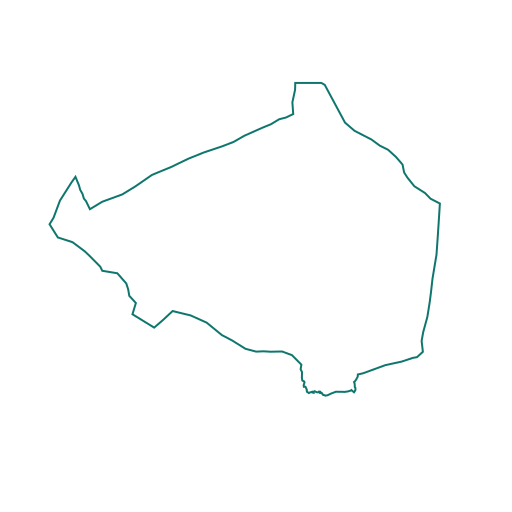 the district of Gwer West, Benue, Nigeria, rotated 75°
{"feature_id": "59680162B25446485561557", "entity_name": "Gwer West", "entity_type": "district", "adm_level": 2, "iso_a3": "NGA", "parent_name": "Nigeria", "parent_adm1": "Benue", "projection": "orthographic", "projection_center": [8.277, 7.602], "detail": "fine", "context": "isolated", "style": "outline", "palette": "teal", "viewbox_px": 512, "rotation_deg": 75, "n_neighbors": 0, "source": "geoboundaries", "source_scale": "gbopen_adm2", "svg_char_len": 2034}
<svg xmlns="http://www.w3.org/2000/svg" viewBox="0 0 512 512"><g transform="rotate(75 256 256)"><path d="M99.0,173.3L105.5,175.2L117.0,181.1L128.5,183.3L130.0,191.3L129.9,198.2L132.6,207.5L133.7,216.2L136.8,236.0L140.0,248.1L141.3,260.2L141.9,269.8L142.5,279.7L144.5,296.1L146.7,307.7L148.0,314.3L149.8,328.4L150.8,335.6L157.6,354.7L161.9,369.2L163.8,390.5L167.8,404.3L159.0,406.0L155.9,407.4L151.2,407.5L146.5,408.7L142.1,408.7L132.8,409.9L137.2,415.2L151.7,431.0L166.7,441.7L171.9,447.2L186.8,442.6L195.2,429.6L207.3,420.1L212.7,416.8L226.0,409.2L230.5,408.3L236.8,394.4L249.0,388.4L255.1,388.1L261.7,388.7L270.3,384.2L280.3,390.4L298.8,372.9L294.2,363.3L287.6,350.8L296.5,334.5L307.6,320.9L323.6,309.4L331.7,300.6L333.9,298.6L342.9,290.2L348.4,280.6L350.0,273.4L352.2,266.8L355.0,255.5L361.1,246.9L372.7,240.3L376.9,242.2L380.0,241.6L385.5,243.2L388.2,243.5L389.7,241.9L390.7,241.9L391.8,242.6L393.4,243.5L394.7,243.6L395.1,242.1L398.6,241.5L399.3,241.9L400.4,241.9L401.2,241.1L402.1,240.4L401.8,239.6L401.7,237.9L401.7,236.8L402.4,236.9L402.8,236.2L403.1,235.7L402.0,235.2L401.8,234.3L402.4,233.7L403.5,232.3L403.7,231.3L403.2,230.4L403.6,229.4L404.3,229.6L404.2,229.1L404.8,229.1L404.7,228.6L405.0,228.3L405.4,228.3L405.6,227.8L406.8,227.5L407.7,227.0L407.8,226.4L408.2,226.0L408.5,225.4L408.9,225.1L408.9,224.2L409.0,222.7L408.3,219.0L407.8,214.0L409.5,207.8L410.2,205.7L410.6,202.3L410.5,199.0L410.2,198.6L413.0,196.6L412.3,195.7L411.0,194.6L409.1,194.1L408.2,194.5L406.1,194.0L405.0,193.8L403.1,193.9L402.9,193.2L402.0,192.2L401.3,191.2L401.0,191.0L399.3,189.4L398.9,189.0L398.6,188.9L397.7,188.6L396.8,188.3L397.0,183.0L394.9,159.3L395.7,142.6L395.0,130.7L395.4,126.7L391.7,119.6L380.9,118.0L372.8,114.2L359.1,106.2L345.4,100.1L336.9,96.6L323.4,91.3L301.4,81.3L282.5,74.8L271.6,71.1L252.9,64.8L245.8,72.6L239.0,76.4L229.6,85.0L219.6,89.4L213.7,91.3L205.6,90.8L196.5,95.2L187.6,100.9L181.5,107.8L173.4,114.3L160.6,128.4L150.2,135.5L108.5,145.3L105.8,148.0L99.0,173.3Z" fill="none" stroke="#0f766e" stroke-width="2"/></g></svg>